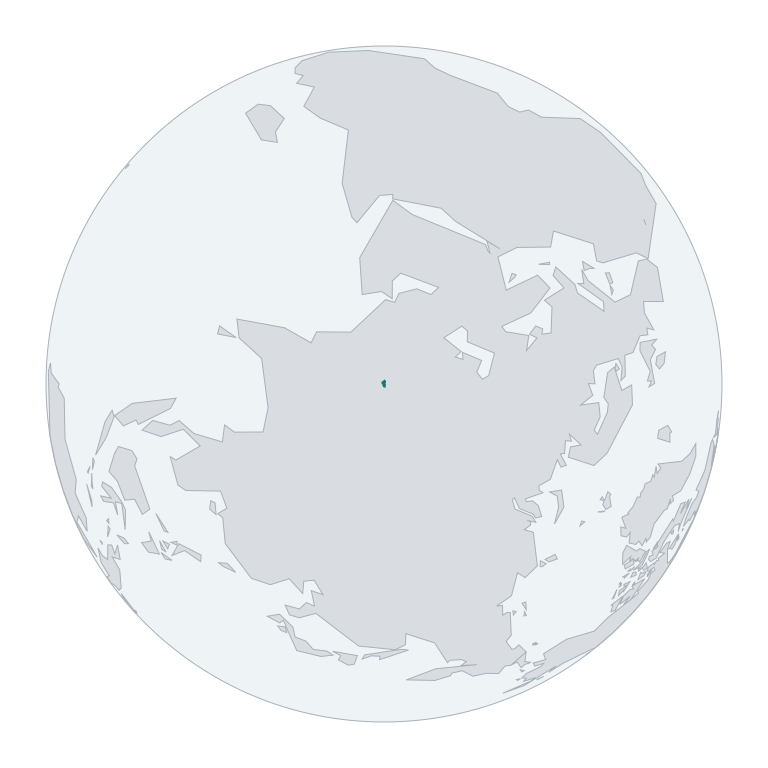 globe centered on Panjshir, rotated 130°
{"feature_id": "AFG-1769", "entity_name": "Panjshir", "entity_type": "Province", "adm_level": 1, "iso_a3": "AFG", "parent_name": "Afghanistan", "parent_adm1": "", "projection": "orthographic", "projection_center": [69.851, 35.487], "detail": "fine", "context": "on_globe", "style": "filled", "palette": "teal", "viewbox_px": 768, "rotation_deg": 130, "n_neighbors": 0, "source": "natural_earth", "source_scale": "10m", "svg_char_len": 11762}
<svg xmlns="http://www.w3.org/2000/svg" viewBox="0 0 768 768"><g transform="rotate(130 384 384)"><circle cx="384" cy="384" r="338" fill="#eef3f6" stroke="#a8b0b8"/><path d="M450.2,52.6L456.4,55.7L482.9,67.4L499.0,72.5L489.4,71.0L525.1,82.9L544.4,94.2L517.8,80.8L511.4,79.1L522.1,85.9L517.9,85.8L520.6,89.4L514.6,89.0L499.5,82.2L495.3,82.1L503.1,87.0L502.0,90.4L491.1,83.0L488.1,88.4L462.3,80.1L438.0,64.0L418.9,62.3L381.1,54.6L379.7,56.4L364.6,55.8L357.3,57.9L352.4,56.7L350.9,59.6L356.8,60.4L358.1,62.1L354.4,63.7L347.4,62.1L348.3,61.1L344.3,61.6L342.4,60.2L341.2,61.8L333.3,60.3L335.6,64.3L324.5,65.2L320.8,63.6L328.5,60.5L339.0,51.8L337.5,50.8L327.7,51.6L293.7,59.1L289.1,59.9L277.4,63.4L276.5,63.9L285.3,61.6L280.9,64.4L292.2,62.1L292.0,63.3L300.7,63.1L291.4,66.9L277.7,71.1L270.0,71.7L263.7,73.9L264.6,76.9L244.0,82.7L219.7,95.2L215.3,96.8L218.2,92.0L234.5,81.9L237.8,79.3L260.0,69.6L282.8,61.6L306.1,55.2L329.9,50.4L353.9,47.4L378.0,46.1L402.2,46.6L426.3,48.7L450.2,52.6ZM236.9,79.8L227.7,85.2L216.8,90.5L211.6,93.5L207.5,96.2L208.4,96.1L203.0,99.3L209.2,94.8L215.2,91.3L213.8,92.1L218.3,89.5L236.9,79.8ZM460.1,54.8L460.9,55.0L462.2,55.4L456.9,54.2L458.0,54.3L460.1,54.8ZM511.4,76.8L505.2,73.6L512.7,76.9L511.4,76.8ZM522.0,90.0L525.2,91.1L525.3,92.6L522.0,90.0ZM305.2,61.1L303.0,62.1L302.5,61.6L305.2,61.1ZM311.1,60.4L312.2,59.1L315.1,58.6L314.4,59.4L311.1,60.4ZM516.1,93.5L515.3,95.9L513.5,92.2L516.1,93.5ZM309.1,62.1L320.2,57.9L325.3,57.2L326.9,59.7L309.1,62.1ZM513.1,96.6L511.4,103.4L518.2,106.1L497.9,102.9L506.1,97.7L502.8,92.5L508.5,95.9L513.1,96.6ZM360.3,60.0L353.8,59.2L362.6,58.5L360.3,60.0ZM365.6,59.2L390.8,56.3L398.5,58.8L388.5,59.0L401.2,61.7L392.5,64.3L383.6,63.4L380.4,61.1L379.5,64.0L365.6,59.2ZM486.9,100.5L484.3,101.5L484.2,99.2L486.9,100.5ZM359.3,62.8L363.7,61.7L370.7,63.7L363.1,66.3L363.3,64.8L359.3,62.8ZM408.8,61.4L412.6,63.8L406.6,66.4L407.3,67.8L393.0,64.7L408.8,61.4ZM359.8,65.1L359.1,67.7L352.4,68.3L355.5,64.1L359.8,65.1ZM375.7,63.3L378.6,64.5L374.5,64.6L375.7,63.3ZM328.4,73.0L333.5,71.1L337.5,71.9L328.4,73.0ZM359.3,68.6L361.6,68.4L363.7,68.7L361.9,70.5L359.3,68.6ZM389.8,67.0L386.5,67.8L395.3,68.3L391.2,70.8L382.4,68.4L384.5,70.5L383.2,71.3L377.4,68.6L389.8,67.0ZM366.6,73.3L354.0,72.0L343.5,75.0L339.6,74.3L357.1,69.6L366.6,73.3ZM373.5,70.7L368.3,72.1L366.1,70.1L368.2,68.1L373.5,70.7ZM391.6,73.5L400.2,70.3L401.8,71.0L391.6,73.5ZM364.0,74.5L367.1,74.9L363.5,74.9L364.0,74.5ZM383.6,74.1L386.4,72.7L388.2,73.5L383.6,74.1ZM371.0,76.9L366.9,76.3L368.2,74.8L371.0,76.9ZM377.1,75.9L378.9,77.3L371.1,74.5L378.1,75.1L377.1,75.9ZM384.9,75.0L386.8,75.1L383.4,75.5L384.9,75.0ZM368.4,83.6L358.2,80.5L361.1,76.8L370.6,80.3L368.4,83.6ZM52.1,379.7L57.5,322.4L63.6,311.5L70.9,291.5L118.2,262.3L121.3,275.0L150.6,294.2L153.0,300.2L142.0,313.7L157.9,352.5L172.0,344.4L194.0,370.0L213.4,378.4L233.6,350.7L201.9,336.3L203.8,318.6L235.2,317.2L264.1,330.8L265.8,324.5L253.8,304.2L266.8,296.3L250.4,296.4L252.3,304.5L242.1,305.1L239.7,297.9L244.4,295.1L237.5,288.8L216.9,304.9L216.7,314.9L194.7,307.9L192.2,324.2L183.9,327.6L185.1,301.6L189.9,294.4L186.9,262.1L179.8,268.7L182.3,300.1L178.7,295.4L169.2,306.1L173.6,294.3L172.8,259.7L157.2,252.6L126.2,268.3L119.5,263.0L118.9,249.5L141.3,223.0L153.9,238.2L162.1,230.3L169.1,212.1L172.3,218.7L176.7,213.5L182.4,218.9L199.9,213.5L207.1,218.0L223.0,204.1L228.9,204.9L217.8,212.6L213.9,220.9L233.0,233.3L239.3,232.2L248.2,222.5L252.3,227.7L258.4,216.8L273.8,219.9L260.2,207.5L270.2,197.3L284.4,193.3L285.2,188.1L262.1,194.7L255.0,199.5L252.9,207.0L231.6,220.0L223.1,218.5L236.1,197.6L225.5,193.7L240.2,180.3L293.8,168.6L311.5,170.8L321.6,195.8L312.2,200.7L304.0,193.8L303.2,209.7L307.3,203.7L310.8,208.5L321.2,201.0L324.1,204.1L329.1,192.1L333.9,195.0L330.6,202.6L350.1,195.3L362.5,199.9L365.5,196.9L365.2,192.4L381.1,201.9L382.6,199.3L378.0,195.1L378.0,187.5L384.2,178.0L389.3,181.8L387.8,185.7L392.3,200.2L387.4,210.8L390.1,211.5L395.6,203.3L390.1,185.5L392.4,178.8L396.4,186.6L395.1,183.2L397.8,181.1L405.4,182.9L401.6,174.3L424.8,149.6L441.7,151.5L442.7,160.5L464.3,150.2L481.7,155.0L477.4,150.9L484.8,144.4L479.5,142.7L478.0,140.3L494.7,125.0L502.7,125.1L505.0,115.6L502.8,113.7L497.1,113.0L497.9,102.9L518.2,106.1L522.1,110.0L532.2,110.1L539.8,119.6L550.7,128.1L553.3,139.7L561.7,146.1L564.7,145.5L578.4,154.5L596.3,176.7L568.8,161.2L539.3,132.5L550.2,144.0L543.8,142.5L545.3,147.5L553.4,156.0L556.7,156.2L549.7,178.7L561.2,206.7L569.9,200.0L580.3,204.5L601.0,235.0L603.5,288.7L617.5,298.7L621.6,308.0L616.9,317.6L610.7,304.2L601.4,303.0L598.7,294.5L589.0,306.9L584.6,295.3L579.2,311.4L586.7,318.7L596.8,311.5L594.1,331.4L610.8,342.1L618.1,360.7L608.3,403.0L590.1,421.6L590.2,428.0L580.2,424.5L571.1,440.3L593.0,467.4L593.8,476.9L577.1,501.1L576.0,494.5L549.6,485.0L547.6,508.6L567.7,521.1L574.8,539.7L560.6,537.7L553.1,521.4L543.7,517.5L544.1,497.7L532.3,470.6L517.8,479.8L517.0,467.6L498.5,445.8L476.6,457.6L443.1,494.1L441.8,524.6L428.8,538.4L404.9,496.4L399.3,466.3L387.4,469.2L365.5,442.7L318.4,437.0L314.5,428.3L305.0,430.8L290.0,420.0L285.3,405.5L274.9,404.2L288.3,442.4L299.8,443.8L313.4,432.5L314.7,445.3L329.5,458.2L302.8,483.8L237.6,495.3L236.1,471.6L212.0,396.0L215.5,389.3L215.6,388.5L215.6,386.9L208.4,397.0L205.9,382.2L213.4,433.5L212.6,453.2L236.6,496.4L233.1,499.0L242.3,508.6L277.8,508.4L276.9,515.7L257.2,545.0L212.3,574.6L221.2,603.3L222.8,623.9L201.3,628.2L209.8,644.2L199.6,644.1L203.3,651.7L198.9,655.3L189.0,654.6L165.2,639.5L158.5,632.1L138.6,610.4L108.8,561.9L109.3,548.1L105.0,531.7L88.4,484.3L91.6,467.0L88.5,454.8L81.2,449.4L78.3,434.7L74.4,429.7L54.6,404.4L52.1,379.7ZM93.9,285.5L90.7,290.8L93.9,285.5ZM289.6,361.6L310.1,367.9L309.6,345.8L317.5,346.7L314.4,339.2L309.4,344.3L303.2,324.3L315.2,320.7L317.2,311.7L310.3,309.2L289.3,319.2L298.1,347.3L289.7,354.2L289.6,361.6ZM216.3,90.8L215.5,91.4L210.6,94.4L211.5,93.7L216.3,90.8ZM197.6,105.9L189.3,110.7L195.8,106.4L195.4,105.8L208.6,96.6L213.7,97.2L209.0,98.2L197.6,105.9ZM227.7,85.6L218.7,90.6L228.3,85.2L227.7,85.6ZM195.4,182.7L194.3,188.3L187.5,192.5L178.4,189.1L188.1,182.7L195.4,182.7ZM194.2,195.6L209.6,177.0L215.9,179.2L209.8,180.9L212.4,184.2L203.2,188.1L194.1,209.2L187.5,214.5L174.3,203.9L182.2,204.1L182.9,198.2L194.2,195.6ZM238.1,133.4L244.8,127.5L249.7,139.5L242.8,143.8L233.3,140.0L235.8,132.9L238.1,133.4ZM309.8,68.2L312.1,66.6L314.0,66.8L313.6,68.4L309.8,68.2ZM330.4,72.1L301.8,76.0L303.0,74.2L284.9,79.7L280.9,77.3L292.7,73.6L276.1,76.4L285.2,72.1L273.6,74.8L300.5,66.8L308.0,63.8L301.1,67.9L304.6,70.1L308.3,70.1L324.6,68.2L342.5,63.6L348.8,65.7L348.5,68.5L345.2,69.9L342.1,67.9L339.9,71.3L332.9,69.6L330.4,72.1ZM341.2,110.8L339.1,106.0L333.3,116.1L326.3,112.9L326.1,114.3L318.1,114.4L307.9,117.2L305.9,115.1L302.8,117.2L297.4,117.6L292.5,119.8L287.1,117.1L280.7,119.8L281.8,117.0L272.2,122.6L276.9,117.3L270.4,117.9L269.2,122.7L251.8,106.3L240.9,104.8L229.2,106.9L238.9,98.7L256.0,92.0L275.2,88.0L284.3,91.2L287.0,87.3L292.2,87.9L287.9,90.7L297.6,86.8L300.7,88.1L317.8,87.1L329.9,81.6L336.5,81.5L333.3,84.3L342.0,82.3L340.5,87.8L345.1,88.0L348.2,94.0L339.4,100.0L345.2,99.8L347.9,104.9L341.2,110.8ZM368.8,85.4L359.9,92.4L351.6,94.4L349.7,83.2L345.7,82.3L344.1,76.1L356.1,73.5L355.4,75.5L357.6,76.8L353.0,77.0L358.3,77.9L357.5,80.7L361.4,82.3L357.5,84.0L368.8,85.4ZM160.4,297.5L163.1,300.6L168.4,303.6L162.5,310.7L160.4,297.5ZM159.3,273.9L162.4,275.1L156.7,285.8L153.9,282.9L159.3,273.9ZM169.0,267.0L163.1,274.3L164.6,268.7L169.0,267.0ZM221.2,213.4L225.1,214.4L223.6,217.0L219.2,219.5L221.2,213.4ZM322.6,143.2L322.7,139.4L325.1,138.9L331.8,131.3L337.5,133.4L335.7,138.9L322.6,143.2ZM225.5,353.6L217.0,357.1L215.3,352.9L218.6,352.5L225.5,353.6ZM186.1,333.8L192.8,342.4L184.4,335.6L186.1,333.8ZM330.0,144.3L332.1,140.8L333.6,144.1L330.0,144.3ZM342.0,134.7L344.6,138.0L338.9,132.9L342.0,134.7ZM380.4,720.1L385.6,720.7L379.8,720.7L380.4,720.1ZM275.8,634.8L265.5,664.1L250.6,660.3L243.8,649.9L244.8,631.0L260.7,629.2L267.4,620.9L275.8,634.8ZM635.9,556.3L642.4,553.4L641.9,554.8L635.9,556.3ZM629.4,556.2L637.1,552.2L627.6,559.6L629.4,556.2ZM640.1,550.6L647.9,543.5L651.4,539.5L650.5,542.3L640.1,550.6ZM623.9,559.2L592.1,573.5L578.9,575.4L582.5,569.7L603.9,562.3L623.9,559.2ZM581.4,570.0L560.6,564.4L528.5,534.1L540.1,531.9L572.9,546.2L570.9,550.8L583.6,556.7L581.4,570.0ZM629.9,525.6L627.7,538.5L610.6,545.7L602.6,547.3L597.1,534.2L600.2,525.0L607.0,522.4L630.4,482.9L639.2,485.3L632.6,500.9L639.6,508.0L629.9,525.6ZM443.5,527.2L452.6,543.7L445.2,547.2L443.5,527.2ZM637.9,458.0L629.8,475.5L636.5,454.2L637.9,458.0ZM640.6,439.3L642.2,445.4L637.5,441.3L640.6,439.3ZM591.9,437.2L584.8,441.6L583.7,437.0L592.0,428.7L591.9,437.2ZM623.6,376.5L627.2,390.4L627.2,395.8L622.2,389.0L623.6,376.5ZM381.7,163.4L366.0,171.1L358.5,179.3L360.2,187.6L351.1,179.8L362.6,167.1L381.7,163.4ZM418.9,150.6L417.3,144.3L422.4,145.4L423.5,147.0L418.9,150.6ZM414.8,147.9L404.6,143.4L406.6,138.8L414.3,143.3L414.8,147.9ZM366.8,142.6L361.8,144.5L360.6,141.6L366.8,142.6ZM639.5,605.2L637.2,607.6L590.1,649.2L582.2,653.0L589.5,646.0L592.8,632.9L595.9,631.6L600.5,619.8L631.3,592.9L655.0,558.4L666.1,550.5L678.1,526.0L687.6,516.7L681.4,533.3L687.2,530.5L701.0,492.4L695.5,515.1L684.2,539.2L671.0,562.3L656.1,584.4L639.5,605.2ZM651.7,547.4L661.4,532.6L665.9,528.5L651.7,547.4ZM711.2,459.6L711.9,465.2L709.5,472.3L707.4,471.2L702.5,485.9L693.4,497.7L696.5,489.4L696.1,482.8L684.7,492.2L682.4,489.1L687.1,481.0L678.6,484.6L688.0,473.3L691.2,481.0L696.3,466.9L703.5,459.8L709.3,454.1L712.4,454.4L711.2,459.6ZM686.6,498.1L688.1,496.6L686.4,501.3L686.6,498.1ZM718.6,431.2L719.1,426.8L719.1,427.8L718.6,431.2ZM713.4,450.6L717.5,432.3L718.1,430.3L715.2,446.8L713.4,450.6ZM717.2,428.5L718.4,425.5L718.6,428.4L718.2,430.8L717.2,428.5ZM667.5,505.3L666.9,508.7L664.2,508.4L667.5,505.3ZM671.1,500.6L678.8,497.5L670.2,503.9L671.1,500.6ZM644.1,508.1L646.8,514.0L655.6,503.7L648.9,514.8L654.1,523.3L651.8,529.1L646.8,519.6L643.8,534.5L639.9,536.6L638.4,526.2L642.8,509.4L646.7,501.0L662.0,488.6L644.1,508.1ZM671.3,491.5L669.1,484.4L670.6,477.2L673.1,480.1L671.3,491.5ZM661.3,467.7L654.0,461.4L648.4,469.2L658.7,446.7L664.2,456.5L661.3,467.7ZM653.4,448.0L648.3,455.2L652.9,442.9L653.4,448.0ZM646.4,452.5L644.7,445.4L649.3,443.7L646.4,452.5ZM656.3,446.5L655.4,433.1L658.7,439.1L656.3,446.5ZM639.8,429.7L651.6,436.2L638.2,438.5L632.6,414.1L637.9,410.3L639.8,429.7ZM637.7,309.9L633.6,303.5L637.0,298.7L638.9,304.4L637.7,309.9ZM644.3,279.4L636.6,295.4L629.7,309.2L634.1,310.3L636.9,324.1L627.5,316.0L628.8,297.6L634.9,289.5L631.2,278.5L632.8,267.6L625.3,256.0L624.5,248.8L633.2,257.1L644.3,279.4ZM621.7,251.4L609.2,229.8L617.8,226.7L622.4,230.7L624.6,241.7L619.9,242.6L621.7,251.4ZM608.7,223.9L604.0,224.8L575.9,199.9L572.1,194.2L598.0,210.2L595.1,212.1L600.5,219.1L608.7,223.9ZM487.6,103.1L484.6,101.6L488.2,101.9L487.6,103.1ZM474.9,139.5L473.5,136.4L477.7,136.4L474.9,139.5ZM471.8,127.9L468.0,129.9L469.9,126.1L471.8,127.9ZM459.9,135.2L465.5,130.0L463.2,137.3L459.9,135.2Z" fill="#d9dde1" stroke="#a8b0b8" stroke-width="1"/><path d="M385.6,381.6L386.0,381.9L385.9,382.1L385.9,382.4L385.9,382.5L385.9,382.8L385.8,383.1L385.7,383.3L385.7,383.5L385.6,383.8L385.4,384.0L385.2,384.1L385.0,384.3L384.9,384.4L384.5,384.6L384.4,384.7L384.3,384.8L384.5,385.0L384.6,385.5L384.3,385.9L384.3,386.0L384.1,386.0L383.9,386.1L383.8,386.3L383.7,386.4L383.5,386.0L383.4,386.0L383.3,385.9L383.2,385.9L382.6,386.0L382.3,386.0L382.2,385.9L382.1,386.0L381.8,385.9L381.5,385.9L381.4,385.8L381.1,385.9L381.1,385.7L381.1,385.0L381.2,384.7L381.4,384.5L381.5,384.5L381.6,384.4L381.8,384.4L382.0,384.3L382.0,384.2L382.3,384.1L382.6,384.2L383.3,383.7L383.5,383.7L383.6,383.2L383.7,382.9L383.8,382.7L384.0,382.7L384.2,382.4L384.3,382.4L384.5,382.2L384.9,382.1L385.3,382.0L385.4,381.9L385.5,381.9L385.6,381.7L385.6,381.6Z" fill="#14b8a6" stroke="#0f766e" stroke-width="1.5"/></g></svg>